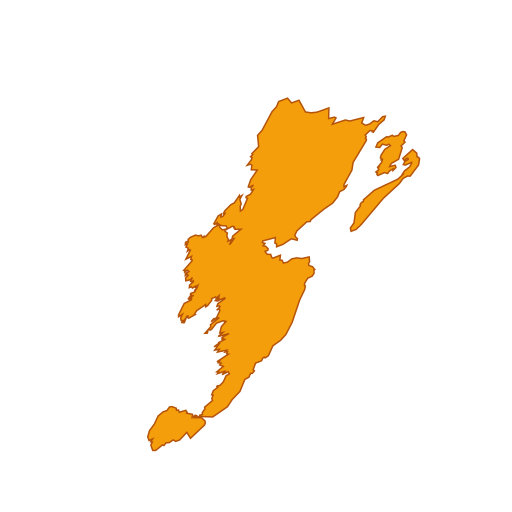 outline of Sømna nor, Nordland, Norway, rotated 327°
{"feature_id": "86288312B60558696179500", "entity_name": "Sømna nor", "entity_type": "district", "adm_level": 2, "iso_a3": "NOR", "parent_name": "Norway", "parent_adm1": "Nordland", "projection": "natural_earth1", "projection_center": [12.23, 65.321], "detail": "fine", "context": "isolated", "style": "filled", "palette": "amber", "viewbox_px": 512, "rotation_deg": 327, "n_neighbors": 0, "source": "geoboundaries", "source_scale": "gbopen_adm2", "svg_char_len": 6154}
<svg xmlns="http://www.w3.org/2000/svg" viewBox="0 0 512 512"><g transform="rotate(327 256 256)"><path d="M299.0,181.1L303.9,184.6L293.2,189.1L287.1,193.8L287.8,194.8L292.5,195.1L289.2,196.0L287.9,198.1L290.2,198.9L284.9,201.2L280.2,200.7L279.4,201.7L280.3,203.0L270.2,209.8L267.4,209.8L269.8,205.7L272.0,204.2L273.3,199.7L277.1,197.6L274.4,197.6L275.0,196.2L266.8,199.6L262.7,199.3L254.1,201.2L251.8,202.7L253.3,203.4L249.9,204.7L247.7,204.2L249.8,201.9L246.1,201.8L238.2,206.0L238.5,207.1L241.5,206.9L240.4,208.4L241.8,208.2L243.5,211.7L247.4,214.5L247.1,216.8L245.4,217.6L252.4,218.2L253.6,219.4L252.7,220.4L253.5,221.5L252.9,222.2L258.0,225.4L247.3,226.6L245.3,228.4L247.2,229.4L241.2,231.9L240.6,231.7L244.5,228.8L240.6,228.3L241.6,227.6L242.4,223.3L244.5,221.2L243.4,218.5L244.8,216.8L242.0,215.7L241.2,212.2L242.1,210.6L241.2,209.5L235.8,209.2L224.3,212.4L223.5,211.1L222.3,211.9L221.1,211.5L222.9,211.4L221.2,211.2L221.3,208.6L218.7,207.8L216.6,205.5L211.3,204.6L208.2,205.1L207.3,206.5L204.4,206.1L202.9,208.0L205.7,208.1L202.1,210.4L203.5,212.6L201.1,214.6L203.6,214.4L204.2,215.3L195.4,220.5L201.8,221.2L199.4,223.4L200.3,224.2L199.8,225.2L187.6,228.7L189.0,229.9L186.7,230.8L190.8,230.4L191.3,232.5L187.2,232.3L186.0,234.0L188.5,233.8L188.5,235.3L184.9,236.2L183.6,238.6L188.1,240.1L191.0,239.4L187.3,241.5L188.1,242.7L189.9,242.6L189.6,243.4L184.5,244.2L182.8,246.2L185.2,246.7L185.2,248.3L189.8,248.3L187.4,249.5L191.2,249.0L188.8,250.9L185.3,251.4L186.8,251.7L185.1,252.8L180.9,251.8L180.2,252.3L180.6,253.2L178.5,254.0L182.4,255.0L175.3,255.1L179.6,256.4L175.6,257.0L178.5,257.6L169.9,256.7L159.1,263.1L158.0,264.7L162.6,264.8L159.1,266.9L158.1,269.2L159.2,270.2L156.9,271.6L160.8,270.6L158.9,272.5L159.6,272.8L165.2,268.8L166.2,269.2L165.2,270.4L165.6,271.5L173.0,272.0L172.5,271.4L176.6,269.5L187.4,269.3L186.1,271.2L188.2,271.3L194.6,269.1L195.7,267.6L199.8,268.4L199.5,269.7L203.5,269.1L201.5,271.0L198.4,270.9L197.6,271.2L198.7,272.2L198.5,271.1L201.4,271.1L201.9,271.5L200.1,272.8L198.2,272.5L207.0,274.0L206.8,274.8L198.0,275.2L195.8,276.9L198.2,277.8L198.2,279.0L193.5,280.1L196.4,280.1L196.1,282.0L189.1,286.4L186.1,285.6L182.6,286.7L188.8,286.5L191.6,287.7L180.4,288.8L179.6,290.6L171.1,293.0L173.2,294.2L175.2,292.2L176.8,291.9L177.1,293.2L178.8,293.3L186.2,290.8L193.3,292.4L194.4,293.8L193.0,294.4L196.0,294.4L188.6,296.3L183.7,300.8L186.7,302.1L180.5,302.9L191.2,306.4L184.7,305.8L182.7,306.1L183.7,307.7L181.4,307.5L183.2,307.9L184.2,308.9L176.9,308.2L178.5,308.9L171.3,309.3L176.4,310.0L170.1,312.5L174.5,314.2L171.4,315.6L180.2,319.0L177.7,319.7L180.0,320.7L178.2,322.0L179.5,323.3L165.6,323.4L169.4,323.9L166.2,325.0L168.4,326.8L166.2,327.6L168.5,330.8L160.0,331.8L161.5,333.1L159.7,333.7L166.7,335.5L167.3,335.9L162.9,337.0L169.6,337.9L169.5,340.3L165.6,340.2L160.0,343.8L155.4,344.9L152.9,344.0L153.5,343.6L152.1,344.1L152.5,345.3L146.9,345.7L143.2,348.3L144.3,349.2L141.2,351.6L140.9,353.5L130.6,354.8L129.9,356.4L125.6,358.1L124.8,359.7L121.5,358.7L122.3,359.5L121.0,359.7L132.1,367.4L149.9,366.9L157.9,363.4L168.8,360.8L179.5,353.4L184.0,353.8L187.5,351.5L189.0,352.4L192.1,351.5L191.7,349.8L197.3,345.6L203.5,346.9L206.4,345.2L207.9,345.4L208.1,346.4L212.0,346.4L221.3,340.5L230.6,340.1L238.1,338.2L250.1,331.4L268.9,316.5L278.6,310.6L281.1,308.0L280.7,306.9L282.0,305.3L287.3,302.8L292.1,303.5L295.3,302.1L296.9,299.3L297.9,299.4L297.6,295.8L295.2,292.7L296.0,290.9L298.0,289.8L300.1,285.7L293.1,283.1L288.9,279.6L284.4,277.9L278.9,278.3L275.1,276.8L275.6,273.9L273.8,272.4L276.9,268.6L269.0,267.0L268.4,265.8L269.2,262.7L266.5,260.8L266.0,258.7L266.2,257.0L268.9,257.7L270.1,256.6L269.4,253.1L267.5,251.3L270.4,250.3L268.6,248.3L269.9,247.0L282.3,251.1L278.9,255.4L279.9,257.1L278.3,259.5L284.9,260.9L295.0,260.8L299.1,265.2L300.2,264.1L299.5,261.3L300.1,259.5L304.1,257.2L317.2,255.0L320.3,256.6L321.7,255.5L338.4,253.7L349.2,253.4L356.7,250.8L361.2,247.6L366.0,248.1L369.4,247.0L370.6,246.2L367.5,245.8L368.8,243.9L383.2,236.2L388.4,230.4L411.4,219.2L412.2,218.2L411.8,217.0L413.4,216.0L413.5,214.0L420.0,212.8L422.0,214.8L421.2,215.2L421.8,216.1L430.7,212.5L437.5,211.6L440.6,209.2L438.1,208.1L431.3,209.7L428.5,206.8L423.3,207.2L419.1,206.1L417.1,202.0L421.7,198.5L408.2,193.9L405.0,190.6L391.8,187.1L398.3,183.8L397.5,182.3L391.8,180.3L397.8,171.5L385.6,168.6L380.3,166.0L375.9,162.1L376.9,148.8L369.2,147.0L368.4,140.8L359.1,138.8L354.5,142.0L348.0,143.7L329.6,153.9L323.0,155.7L317.8,165.7L308.3,167.9L308.5,169.1L305.5,169.8L306.3,171.3L304.3,172.9L298.0,175.1L301.3,176.0L302.0,177.6L299.0,181.1ZM103.6,336.6L101.3,335.5L97.1,337.1L93.2,336.1L86.7,336.9L79.4,341.5L71.5,344.5L66.7,348.7L65.8,352.5L69.7,353.1L66.5,354.5L67.7,355.6L64.8,357.3L63.5,362.8L65.8,364.4L74.7,363.5L75.6,364.8L78.8,363.7L81.7,365.3L86.4,365.1L87.6,367.7L91.8,368.7L101.9,366.2L101.8,373.2L120.9,369.7L122.6,368.3L123.4,366.6L122.1,361.7L118.9,359.8L120.7,359.6L116.5,358.1L119.2,357.5L118.4,356.5L114.6,356.5L116.6,354.3L112.2,350.0L113.1,349.5L113.1,347.2L106.6,345.3L107.1,342.9L105.3,342.1L106.2,340.2L103.6,336.6ZM428.8,273.0L441.9,268.2L446.1,263.6L446.2,261.9L445.1,260.6L446.8,257.2L445.3,252.0L432.2,254.2L432.3,256.5L435.6,256.2L436.6,256.7L436.2,257.9L432.4,257.8L429.3,259.6L430.8,261.1L437.5,262.2L437.1,263.0L433.5,264.9L426.9,265.5L423.3,267.1L423.8,267.6L416.8,268.8L391.1,265.3L376.7,267.4L375.9,268.7L373.5,268.6L371.2,269.6L370.9,270.8L363.1,273.6L356.2,281.6L350.3,284.0L349.2,287.1L354.4,288.2L361.0,287.0L394.1,277.0L415.7,273.3L421.8,271.0L426.7,271.5L428.8,273.0ZM430.7,227.1L419.8,227.4L415.9,229.9L418.8,232.4L422.9,231.0L425.9,234.3L428.2,234.6L428.9,236.7L422.1,236.7L416.0,239.5L413.8,241.4L414.2,242.8L413.3,243.4L414.6,243.9L412.2,246.0L406.7,247.7L407.2,248.2L406.3,248.2L406.0,250.5L402.3,250.8L402.8,252.3L401.9,252.6L402.9,252.6L401.8,253.6L402.1,254.9L409.2,256.0L411.3,258.5L414.1,257.4L418.3,257.6L417.5,258.9L421.6,258.0L422.2,255.7L416.8,253.8L419.8,252.1L428.3,252.5L437.6,244.8L437.6,242.7L443.0,241.7L442.7,239.9L448.3,236.4L448.5,233.0L447.1,231.7L444.8,231.1L441.0,232.4L436.6,230.7L436.1,229.0L431.4,228.2L430.7,227.1Z" fill="#f59e0b" stroke="#b45309" stroke-width="1.5"/></g></svg>